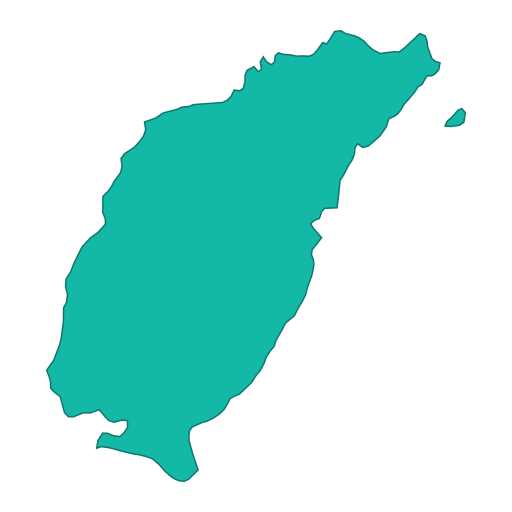 Guimarães, Maranhão, Brazil
{"feature_id": "56859067B67184949863707", "entity_name": "Guimarães", "entity_type": "district", "adm_level": 2, "iso_a3": "BRA", "parent_name": "Brazil", "parent_adm1": "Maranhão", "projection": "equal_earth", "projection_center": [-44.642, -2.155], "detail": "fine", "context": "isolated", "style": "filled", "palette": "teal", "viewbox_px": 512, "rotation_deg": 0, "n_neighbors": 0, "source": "geoboundaries", "source_scale": "gbopen_adm2", "svg_char_len": 2804}
<svg xmlns="http://www.w3.org/2000/svg" viewBox="0 0 512 512"><path d="M198.1,470.0L192.7,453.8L190.7,446.7L189.1,440.8L188.9,435.8L189.4,430.9L192.2,427.0L198.6,424.0L202.5,422.4L207.2,421.1L213.1,418.2L219.1,414.2L224.0,409.5L226.8,404.9L230.5,398.3L235.1,395.9L239.3,394.2L243.2,390.5L247.3,386.6L251.6,382.5L255.8,375.9L260.5,370.1L264.1,363.2L266.5,356.5L270.8,350.3L274.3,346.1L275.6,341.4L278.3,336.3L281.4,331.0L285.4,323.3L290.0,319.3L294.3,315.8L298.0,308.5L302.0,301.9L305.6,294.8L307.3,287.8L311.9,275.2L313.0,270.1L313.9,264.5L313.3,259.4L311.5,254.9L312.1,249.8L316.8,244.0L321.6,237.7L318.2,233.8L313.3,228.2L310.7,223.8L314.0,220.6L319.4,218.4L321.7,211.5L324.7,208.3L337.0,207.8L338.7,194.2L340.0,180.5L343.5,175.2L348.3,165.7L352.0,160.2L354.5,153.6L354.9,148.0L357.6,143.7L362.6,147.4L368.0,146.2L374.5,140.8L379.8,136.0L386.1,127.2L388.9,118.7L394.3,116.3L398.1,113.4L401.3,109.2L404.1,104.1L408.2,99.8L415.0,91.6L417.9,86.9L422.2,84.2L424.4,80.2L427.2,75.7L431.7,75.9L435.1,73.8L438.8,69.6L440.0,62.8L435.4,61.5L431.9,58.6L427.6,46.7L427.0,40.6L425.0,35.7L419.6,33.6L415.3,37.9L410.0,42.7L405.0,47.5L399.1,52.0L394.3,51.7L385.3,52.8L380.0,53.5L373.0,49.8L368.2,45.8L364.0,41.1L358.8,37.6L354.5,35.8L350.2,34.7L345.6,33.6L340.9,30.7L334.6,31.5L331.2,37.1L326.7,44.0L322.7,42.6L316.6,50.9L313.5,54.3L309.3,56.2L301.6,55.9L297.1,56.2L290.6,54.9L282.9,54.3L278.5,52.8L275.2,55.7L274.6,61.8L271.4,64.7L266.5,61.8L263.3,56.8L260.3,61.8L261.5,69.3L258.2,71.7L254.0,66.6L247.1,70.3L245.0,75.4L245.0,81.7L243.2,88.4L239.8,90.8L234.1,90.0L231.1,96.4L227.2,100.2L222.6,102.5L200.1,104.1L193.6,104.6L188.9,106.5L181.8,107.1L176.9,109.4L170.1,111.2L166.3,112.1L162.8,113.2L159.3,115.6L155.7,118.0L151.2,119.7L144.5,121.9L145.7,129.9L143.5,136.0L139.7,141.4L134.4,147.2L129.4,150.6L124.6,153.6L121.0,158.6L122.1,166.1L120.6,172.5L117.0,177.5L114.4,181.0L111.3,186.8L108.5,190.8L103.0,196.3L102.7,212.3L105.4,219.2L105.4,224.3L97.5,232.8L90.4,237.9L82.0,247.0L74.4,262.3L70.4,272.4L66.1,278.8L65.5,286.6L67.5,294.0L66.5,302.5L63.6,307.6L63.4,322.4L61.1,338.9L59.7,344.5L53.7,360.3L46.6,370.3L49.0,376.2L50.5,381.5L50.7,388.3L54.4,392.1L60.2,396.6L62.7,405.9L64.5,412.6L68.5,416.8L73.4,416.8L83.1,412.9L90.2,412.9L95.4,411.2L99.0,409.7L102.0,412.9L105.0,416.6L108.9,420.6L114.1,422.2L121.4,420.2L127.5,420.6L127.5,427.5L123.7,433.1L119.8,436.5L113.4,435.7L107.6,433.3L102.7,433.1L97.9,440.5L96.7,448.2L101.3,446.7L107.5,447.4L113.3,448.7L119.8,450.6L129.5,453.0L134.2,454.1L138.4,454.6L145.7,456.4L152.2,458.6L159.0,464.4L165.3,471.6L171.1,476.6L175.0,479.1L179.0,480.7L184.1,481.3L188.9,479.1L191.8,476.1L198.1,470.0ZM459.5,125.3L463.9,122.2L465.4,112.6L461.7,108.6L458.1,110.2L451.6,117.5L447.1,121.4L445.1,126.0L450.9,126.5L459.5,125.3Z" fill="#14b8a6" stroke="#0f766e" stroke-width="1.5"/></svg>